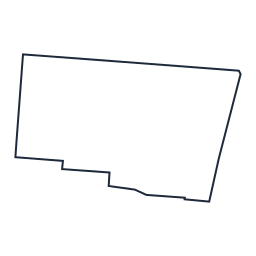 the district of Clark, Ohio, United States of America
{"feature_id": "52423323B77322804510799", "entity_name": "Clark", "entity_type": "district", "adm_level": 2, "iso_a3": "USA", "parent_name": "United States of America", "parent_adm1": "Ohio", "projection": "orthographic", "projection_center": [-83.771, 39.904], "detail": "fine", "context": "isolated", "style": "outline", "palette": "slate", "viewbox_px": 256, "rotation_deg": 0, "n_neighbors": 0, "source": "geoboundaries", "source_scale": "gbopen_adm2", "svg_char_len": 322}
<svg xmlns="http://www.w3.org/2000/svg" viewBox="0 0 256 256"><path d="M184.6,199.3L209.2,201.6L218.8,158.5L240.6,74.1L238.8,70.7L118.0,61.5L23.0,54.4L16.5,141.3L15.4,157.2L62.9,160.9L62.1,169.1L109.5,172.5L108.7,186.0L134.8,189.6L146.4,194.9L184.8,197.7L184.6,199.3Z" fill="none" stroke="#1e293b" stroke-width="2"/></svg>